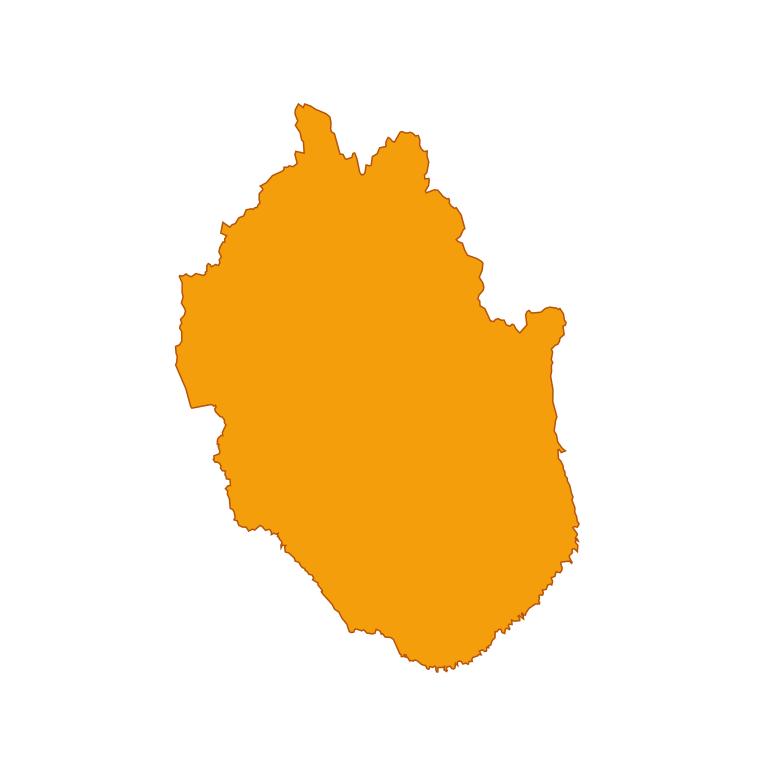 Betroka, Anosy, Madagascar (Equal Earth projection), rotated 162°
{"feature_id": "10022922B59412081262724", "entity_name": "Betroka", "entity_type": "district", "adm_level": 2, "iso_a3": "MDG", "parent_name": "Madagascar", "parent_adm1": "Anosy", "projection": "equal_earth", "projection_center": [45.864, -23.412], "detail": "fine", "context": "isolated", "style": "filled", "palette": "amber", "viewbox_px": 768, "rotation_deg": 162, "n_neighbors": 0, "source": "geoboundaries", "source_scale": "gbopen_adm2", "svg_char_len": 6123}
<svg xmlns="http://www.w3.org/2000/svg" viewBox="0 0 768 768"><g transform="rotate(162 384 384)"><path d="M234.4,267.8L236.7,275.1L235.7,282.4L236.7,286.7L231.9,296.6L229.7,299.3L228.9,315.2L225.1,326.2L223.1,340.1L220.9,343.8L219.0,350.1L216.9,352.1L217.4,355.4L213.8,362.2L214.0,365.5L209.3,367.9L206.6,368.1L204.1,370.1L202.4,373.2L197.4,375.3L195.9,383.7L193.3,383.9L191.8,386.3L192.7,388.9L191.7,395.2L193.4,401.5L195.1,401.0L196.4,402.8L202.6,405.9L207.0,406.0L212.7,403.8L221.8,405.9L223.3,409.2L225.7,408.5L227.9,406.0L229.9,396.0L239.1,390.6L241.5,395.6L242.3,400.2L243.7,401.3L246.4,400.0L249.5,402.6L250.0,407.6L252.7,408.4L255.3,410.9L258.1,410.9L260.3,409.4L263.3,411.3L264.8,424.5L268.5,428.8L267.3,433.3L268.4,435.8L266.4,439.0L260.5,442.7L259.1,445.5L258.8,449.6L260.4,456.1L255.4,462.0L252.6,468.3L253.4,470.5L257.0,474.6L264.8,480.7L265.9,486.5L265.9,493.7L269.1,496.2L270.8,498.9L265.5,501.1L261.1,506.1L259.1,506.8L258.4,520.9L260.8,529.3L262.9,529.4L265.1,532.7L266.0,535.7L264.9,538.7L265.2,540.4L267.2,540.8L269.9,544.3L272.9,551.6L276.0,553.1L284.8,552.8L285.0,554.8L280.4,558.8L277.8,564.2L277.9,565.7L281.8,566.4L281.0,570.1L277.9,571.9L272.9,581.2L272.6,587.7L270.9,592.2L274.1,592.8L275.7,595.7L276.4,599.9L274.5,605.0L274.6,609.8L277.5,610.2L279.0,613.3L281.1,615.2L285.1,615.6L289.3,618.7L291.1,618.3L299.3,610.8L301.0,612.2L302.6,616.0L303.9,617.2L307.4,613.6L308.8,609.3L315.1,610.0L319.5,605.0L324.8,603.9L328.5,596.1L330.2,595.9L333.3,597.9L336.7,591.0L338.7,589.6L340.7,589.8L341.7,592.8L340.2,606.0L340.4,612.7L342.2,612.9L344.6,609.4L350.5,609.4L351.3,610.3L352.1,615.2L354.8,616.1L353.8,637.3L356.0,640.1L356.0,642.8L353.6,649.1L353.0,654.9L355.8,659.1L364.1,666.3L368.0,671.1L372.9,674.8L375.3,671.9L378.9,676.8L383.7,672.1L385.2,668.0L384.7,660.8L388.4,657.4L386.1,649.1L386.9,641.7L385.8,639.2L388.6,628.2L396.0,632.5L397.8,629.8L398.4,620.5L403.4,618.8L406.8,620.8L408.5,619.9L412.1,621.1L412.8,619.1L414.6,617.9L425.8,616.6L433.6,611.8L440.6,610.5L439.2,607.9L439.2,606.1L443.8,603.6L445.7,598.2L446.1,594.2L447.8,593.8L450.2,591.1L452.2,591.6L454.3,590.4L455.8,591.6L461.3,592.2L465.5,587.2L470.7,586.9L475.9,582.5L479.3,582.4L482.2,580.8L487.3,587.6L492.6,577.9L487.9,573.6L490.7,571.2L491.4,568.2L493.4,568.8L498.0,564.4L500.2,560.6L499.4,555.0L502.4,553.0L502.7,549.9L505.0,547.9L507.2,549.7L511.8,548.8L512.4,551.2L513.9,552.9L516.0,551.2L517.7,545.9L519.4,545.6L519.7,543.9L522.0,542.9L528.9,547.2L533.8,545.5L536.8,547.6L538.2,549.9L541.7,548.8L544.8,550.2L545.4,549.6L544.7,542.5L547.7,533.6L548.1,528.9L551.7,523.6L550.2,517.1L550.4,514.3L552.8,511.0L557.5,508.4L557.6,504.3L560.1,502.2L561.1,500.1L560.2,496.5L562.9,487.5L566.3,484.4L570.7,484.1L572.3,477.0L572.0,474.5L574.3,469.0L576.3,466.5L573.9,440.6L574.8,422.4L574.2,420.4L556.9,418.2L554.0,417.6L552.7,415.5L551.0,415.9L550.7,414.2L552.6,412.7L552.9,410.0L549.9,403.6L548.1,402.6L546.9,399.3L547.7,396.6L547.0,393.9L552.7,387.9L553.2,384.8L554.7,385.5L558.6,383.6L559.8,382.0L561.2,378.1L559.9,377.9L559.8,376.8L561.0,375.9L560.9,371.2L562.0,368.6L568.0,368.2L568.5,365.6L569.7,365.0L568.9,361.9L566.2,361.0L564.6,358.2L564.4,356.7L565.5,354.5L564.5,351.4L561.7,350.2L563.3,346.8L562.7,344.0L563.3,342.6L560.0,340.8L561.4,334.9L564.0,335.4L567.2,333.4L565.7,330.7L567.0,327.7L566.5,322.5L568.7,313.2L566.8,311.6L566.1,308.8L566.7,303.2L568.7,301.2L565.9,299.3L565.8,294.4L562.9,291.7L559.4,290.5L558.1,285.9L554.0,286.6L552.0,285.0L545.7,287.8L543.8,285.9L542.0,281.5L538.1,281.2L537.3,280.2L536.9,277.8L537.7,275.6L535.1,276.1L532.5,274.3L530.9,274.7L532.5,271.8L531.0,270.3L531.5,269.1L530.2,266.5L530.2,264.3L531.8,262.7L532.5,260.0L530.5,262.1L527.3,260.8L528.7,260.0L529.8,254.8L526.8,252.8L523.1,246.2L523.2,243.0L520.1,240.8L519.4,237.1L518.3,234.5L516.5,233.1L516.5,231.0L515.0,229.4L514.2,226.1L511.5,224.7L510.7,221.5L512.4,219.9L508.3,215.2L508.9,213.3L506.4,206.6L507.0,205.3L508.0,206.4L507.2,203.5L501.4,190.4L500.6,185.1L497.4,181.0L496.3,174.0L493.5,167.2L493.6,159.4L492.3,157.9L489.6,157.3L487.9,159.4L486.2,159.8L481.6,156.2L479.1,156.4L477.2,152.4L472.3,149.9L469.6,149.8L467.2,153.1L464.1,150.3L463.9,146.9L462.5,146.9L461.1,143.0L455.9,140.8L453.9,138.1L452.3,122.2L451.4,121.7L451.8,119.4L449.1,118.7L448.3,120.3L447.1,119.8L446.6,119.1L448.0,117.7L446.1,116.8L445.1,112.6L443.9,112.8L441.9,111.4L440.2,112.1L438.0,110.6L434.8,105.5L431.4,103.2L431.2,100.6L430.2,99.1L429.3,99.0L427.6,101.2L425.3,99.4L422.8,100.0L422.2,98.8L423.1,95.5L422.6,93.6L421.8,93.6L420.3,97.7L415.7,96.2L413.7,96.7L415.3,93.6L413.3,91.2L412.4,92.0L412.8,93.8L411.4,95.5L408.3,95.1L407.5,92.5L405.9,91.4L404.2,92.1L402.4,96.2L400.9,93.5L400.4,96.3L399.2,97.4L396.5,96.6L395.5,93.3L392.5,93.3L390.7,91.4L388.6,93.8L385.8,92.8L385.4,95.3L384.0,96.5L378.8,96.5L377.7,97.5L375.2,96.4L375.8,100.4L372.8,100.8L370.9,98.5L369.1,98.3L367.6,102.0L365.9,100.8L365.5,102.7L363.1,102.8L360.5,106.5L356.9,108.3L354.8,114.1L353.2,113.5L350.5,115.2L348.7,114.4L348.5,111.1L346.3,109.4L344.2,113.5L342.4,113.7L340.8,111.7L340.1,112.0L340.3,116.1L339.4,116.9L336.5,115.7L335.6,120.1L333.7,118.3L328.1,117.0L327.4,118.5L328.2,121.5L327.3,122.3L323.9,117.4L323.3,120.0L324.4,122.3L323.5,123.6L322.2,121.0L320.9,120.5L319.7,122.5L315.4,125.8L308.1,128.0L304.2,126.8L303.5,127.9L304.1,129.6L302.3,132.4L302.2,134.4L300.7,135.3L298.9,134.2L297.8,134.7L297.0,136.4L297.1,139.1L293.2,138.5L290.3,142.3L287.5,142.2L286.6,141.0L284.7,144.0L284.8,148.1L280.9,148.2L278.5,152.1L274.8,150.2L272.8,151.5L271.4,154.0L271.4,158.8L270.5,159.9L262.6,158.3L260.9,155.5L260.3,156.4L261.2,161.1L260.9,163.4L256.9,165.4L256.5,168.0L255.4,168.9L253.7,168.2L251.9,164.8L249.5,170.7L250.8,173.9L250.6,175.4L249.6,176.2L247.8,174.5L248.1,177.2L249.6,177.2L249.8,178.2L246.7,180.9L246.5,182.1L248.8,189.0L247.1,189.6L244.3,188.1L241.7,190.6L242.6,194.1L241.8,198.5L242.3,202.9L240.7,207.2L241.1,215.6L239.1,218.2L239.5,221.4L238.7,230.5L239.6,235.0L238.8,237.7L240.1,240.8L239.1,244.4L239.7,247.6L239.0,251.1L239.7,256.1L241.1,259.0L238.9,267.6L237.6,267.6L236.6,264.0L232.1,264.3L234.4,267.8Z" fill="#f59e0b" stroke="#b45309" stroke-width="1.5"/></g></svg>